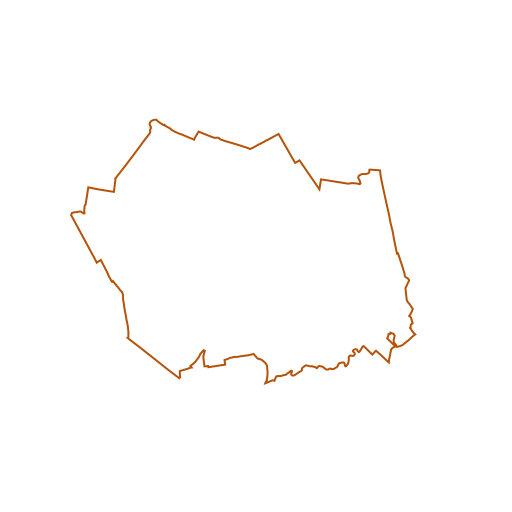 Andrid, Satu Mare, Romania, rotated 41°
{"feature_id": "2599482B72200274127305", "entity_name": "Andrid", "entity_type": "district", "adm_level": 2, "iso_a3": "ROU", "parent_name": "Romania", "parent_adm1": "Satu Mare", "projection": "albers", "projection_center": [22.373, 47.533], "detail": "fine", "context": "isolated", "style": "outline", "palette": "amber", "viewbox_px": 512, "rotation_deg": 41, "n_neighbors": 0, "source": "geoboundaries", "source_scale": "gbopen_adm2", "svg_char_len": 6111}
<svg xmlns="http://www.w3.org/2000/svg" viewBox="0 0 512 512"><g transform="rotate(41 256 256)"><path d="M304.0,358.2L300.5,355.2L301.2,354.0L302.9,350.8L302.9,350.7L303.1,350.0L304.6,348.3L305.2,347.2L306.0,346.2L307.9,344.6L310.8,341.0L311.7,340.2L311.8,340.0L314.0,337.4L314.8,336.6L317.8,332.5L318.4,331.5L322.6,332.1L323.2,332.3L323.8,332.3L324.8,332.2L328.0,330.7L329.4,330.6L330.7,330.5L333.2,330.6L335.4,331.2L336.2,331.6L340.0,335.1L340.9,336.1L341.5,336.7L344.2,340.4L345.2,342.1L345.8,342.8L345.8,343.5L346.2,345.3L346.5,346.0L347.9,343.4L348.8,341.5L349.7,339.5L349.9,339.2L350.4,338.7L351.8,338.1L350.6,334.8L350.3,333.6L350.4,333.4L351.0,332.5L353.0,330.8L353.6,330.1L354.1,329.4L354.8,328.0L355.1,327.7L356.2,326.4L356.4,326.1L356.5,325.9L356.6,324.8L356.9,323.5L357.2,322.8L357.3,321.6L357.6,319.9L357.8,319.5L358.0,319.3L358.2,319.2L358.6,319.3L358.9,319.5L359.6,321.5L359.8,321.9L360.1,322.2L360.5,322.4L361.0,322.4L361.7,322.4L362.5,321.9L363.0,321.2L363.4,320.3L363.8,318.9L364.1,317.7L364.9,314.7L365.4,313.5L365.6,312.9L365.6,312.3L365.5,312.0L364.6,311.0L364.4,310.2L364.5,309.4L364.9,307.4L365.3,305.9L365.5,305.7L366.1,305.3L368.4,304.2L369.6,303.5L369.9,303.2L370.2,302.7L370.5,302.5L371.9,301.9L372.5,301.6L373.7,300.9L375.1,300.9L375.4,300.8L375.6,300.5L375.5,299.2L375.5,298.4L375.6,298.1L375.8,297.7L376.8,297.0L378.1,296.3L379.3,295.8L383.0,295.7L383.6,295.4L384.1,295.1L384.5,294.8L385.0,294.2L385.2,293.6L385.4,292.8L385.8,292.3L386.1,292.1L387.4,291.6L387.7,291.4L388.4,290.8L388.8,290.2L389.7,287.5L389.9,286.7L389.9,286.1L389.9,285.6L389.8,285.1L389.4,284.4L389.2,283.4L389.2,282.8L389.3,282.3L389.6,281.7L390.1,280.9L390.4,280.5L391.2,279.6L391.8,279.0L392.2,278.8L392.5,278.8L393.3,279.0L395.1,280.4L395.3,280.5L395.8,280.5L396.2,280.4L396.3,280.1L396.2,278.0L396.0,276.7L395.7,275.9L394.9,274.7L394.3,273.6L393.3,272.5L393.0,272.3L392.6,271.8L392.2,271.0L392.2,270.7L392.2,269.9L392.4,269.5L392.5,269.1L392.8,268.9L394.0,268.4L394.4,268.1L394.6,267.9L395.0,267.4L395.1,267.0L395.2,266.7L395.1,265.7L394.9,265.1L394.3,264.6L392.1,264.4L391.6,264.3L391.4,264.1L391.3,263.6L391.3,263.2L391.4,262.5L391.8,261.7L392.1,261.2L392.4,260.9L393.0,260.6L393.4,260.4L393.8,260.4L394.2,260.6L394.8,261.0L395.1,261.1L396.7,261.1L396.9,260.4L396.4,257.0L395.9,254.5L395.9,254.2L396.0,253.9L396.1,253.7L396.3,253.5L396.7,253.4L399.5,253.5L403.7,253.8L408.4,254.1L408.6,249.3L408.7,248.8L414.6,248.8L426.1,249.2L424.0,246.2L422.3,243.0L421.9,242.4L419.2,237.7L419.5,235.0L419.7,234.8L420.0,234.1L420.4,233.3L420.4,233.1L420.1,232.8L409.0,232.1L408.8,231.0L408.5,230.1L408.2,229.4L407.7,228.8L407.2,228.1L408.3,227.0L408.3,226.8L408.2,226.4L407.7,225.6L408.1,225.4L409.6,225.2L410.5,224.5L410.9,224.5L411.2,224.6L413.3,225.3L413.7,225.3L413.2,225.5L413.9,226.9L414.9,229.0L415.3,229.5L416.8,230.7L417.2,230.8L419.6,231.2L421.6,231.9L422.1,232.1L423.7,229.6L424.6,228.0L424.9,227.2L425.3,225.5L426.6,218.2L426.6,216.9L427.1,213.2L427.2,212.0L427.6,210.7L426.3,210.7L425.1,210.6L422.9,210.1L421.4,209.7L420.4,209.3L419.9,209.2L419.4,209.2L419.4,208.6L419.1,207.8L418.5,207.1L418.2,206.7L418.0,206.2L417.9,205.8L418.0,205.2L418.2,204.6L418.4,204.1L413.4,200.8L412.7,200.7L411.0,200.8L410.5,197.6L410.0,195.6L409.5,194.3L408.9,193.0L403.4,191.6L402.4,191.4L401.0,191.2L400.1,191.0L399.3,190.6L398.4,190.1L397.7,189.5L389.8,182.1L389.5,180.6L389.1,179.2L388.8,178.2L388.3,176.8L387.9,174.7L387.6,174.1L386.8,173.5L386.0,173.4L384.6,173.4L382.6,173.8L382.0,173.7L381.6,173.5L381.2,173.3L380.2,172.2L372.5,167.4L361.4,160.8L360.8,161.7L349.9,153.4L342.9,147.7L335.9,142.8L327.5,136.2L322.6,132.7L317.1,128.6L305.7,120.1L297.7,113.9L293.4,110.0L285.5,115.9L285.0,116.5L286.7,118.8L286.4,120.1L285.0,122.2L284.3,122.8L282.1,124.8L281.5,126.2L281.2,127.1L281.0,127.9L281.1,128.7L281.7,129.7L282.0,130.0L282.9,130.4L284.6,131.0L287.1,132.6L287.3,132.8L287.2,133.6L286.9,133.9L285.4,134.6L283.4,135.9L281.5,137.3L279.4,139.3L279.2,139.7L279.0,140.1L277.9,141.1L254.8,155.5L260.1,164.1L226.1,155.3L224.5,160.0L224.2,160.0L193.0,149.1L188.3,161.5L187.6,162.8L187.4,163.9L184.9,170.1L184.4,171.3L184.3,171.7L182.7,176.2L181.3,179.2L180.4,179.4L178.3,180.1L167.9,184.6L158.8,188.8L157.1,189.6L152.9,191.2L152.2,191.4L151.0,191.3L150.2,191.5L149.8,191.7L149.4,191.9L148.7,192.5L147.3,193.9L146.9,194.2L146.4,194.4L145.2,194.8L143.3,195.6L131.7,199.6L131.2,199.6L131.2,200.6L132.1,205.6L132.5,207.5L133.0,208.8L119.4,213.3L118.8,213.7L115.3,214.8L112.1,215.7L108.6,216.3L108.4,216.1L108.1,216.0L101.8,217.3L101.7,217.2L100.7,217.0L100.2,217.9L95.3,218.6L93.9,218.7L93.2,218.7L92.1,218.5L91.2,218.7L90.1,219.7L89.7,220.1L89.4,220.7L88.6,222.3L88.4,222.9L88.4,223.8L88.4,224.1L88.7,225.6L89.1,226.2L89.4,226.4L90.1,226.8L90.9,227.0L91.7,227.8L92.0,227.6L92.9,228.6L93.2,229.7L93.3,230.5L94.6,231.4L95.4,233.3L95.8,241.7L96.8,253.9L98.0,270.7L98.3,276.0L98.9,287.6L99.1,290.1L99.5,290.2L106.7,300.8L95.8,307.6L90.8,310.6L84.4,314.2L93.6,328.9L93.6,330.0L94.1,331.0L96.7,334.6L98.6,336.4L98.0,336.9L96.0,337.3L94.8,337.3L94.0,337.8L93.1,338.9L92.5,339.8L91.9,340.4L91.5,341.0L89.8,342.7L88.9,344.1L89.5,346.2L89.6,346.4L91.5,347.1L91.8,347.2L96.0,348.8L135.7,363.7L140.2,365.5L140.3,364.9L140.5,364.1L141.4,361.5L141.5,360.8L153.8,365.7L155.8,366.6L158.2,367.8L164.0,369.9L164.5,369.8L164.5,368.8L165.0,368.9L168.2,369.4L169.5,369.6L169.9,369.7L169.8,369.8L170.3,369.9L172.3,370.1L175.0,370.7L177.6,371.1L178.6,371.1L179.5,371.6L180.5,372.3L181.5,372.9L182.0,373.5L183.8,375.6L184.3,376.1L184.9,376.5L185.8,377.5L186.8,377.9L187.4,378.6L192.1,382.7L194.1,384.3L196.2,385.8L200.2,389.2L203.5,391.6L205.7,393.4L206.9,394.6L207.7,395.3L208.5,396.0L210.5,398.1L210.8,398.5L212.7,400.7L213.0,401.3L213.1,401.6L212.9,402.0L215.4,402.0L227.7,401.2L264.3,399.5L278.3,398.6L278.2,397.3L278.0,396.9L277.4,396.4L276.2,395.3L274.0,392.8L277.8,386.9L280.3,382.6L280.5,382.4L278.7,382.1L278.9,380.5L279.4,378.0L279.6,375.2L279.2,369.9L278.9,368.6L278.3,366.7L278.2,362.9L278.3,361.4L279.6,361.2L279.7,361.7L282.4,366.7L289.5,373.1L292.1,370.5L293.0,371.2L304.0,358.2Z" fill="none" stroke="#b45309" stroke-width="2"/></g></svg>